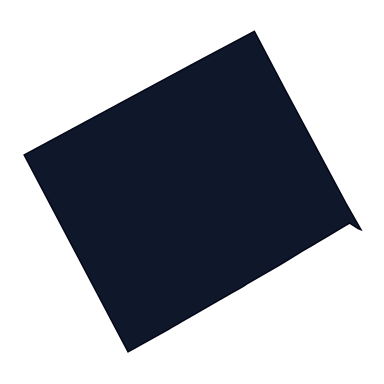 Van Buren, Iowa, United States of America (Equal Earth projection), rotated 332°
{"feature_id": "52423323B67583830123101", "entity_name": "Van Buren", "entity_type": "district", "adm_level": 2, "iso_a3": "USA", "parent_name": "United States of America", "parent_adm1": "Iowa", "projection": "equal_earth", "projection_center": [-91.922, 40.75], "detail": "fine", "context": "isolated", "style": "filled", "palette": "ink", "viewbox_px": 384, "rotation_deg": 332, "n_neighbors": 0, "source": "geoboundaries", "source_scale": "gbopen_adm2", "svg_char_len": 512}
<svg xmlns="http://www.w3.org/2000/svg" viewBox="0 0 384 384"><g transform="rotate(332 192 192)"><path d="M61.2,80.5L60.5,303.1L107.9,302.2L109.9,302.0L115.4,301.8L115.9,301.9L123.1,301.5L124.1,301.5L145.8,300.8L163.4,300.2L179.1,299.7L192.3,299.4L194.9,299.2L197.1,298.9L237.4,297.5L257.8,296.2L262.1,295.9L268.3,295.7L276.1,295.4L278.8,295.2L284.2,295.0L316.5,293.4L321.6,302.4L323.5,304.6L322.6,274.8L322.2,144.5L322.5,79.4L257.5,79.4L61.2,80.5Z" fill="#0f172a" stroke="#020617" stroke-width="1.5"/></g></svg>